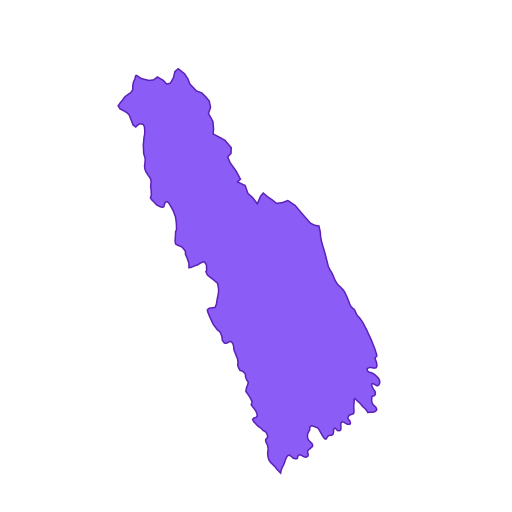 outline of Pastavy, Vitebsk, Belarus, rotated 69°
{"feature_id": "67162791B41761210959552", "entity_name": "Pastavy", "entity_type": "district", "adm_level": 2, "iso_a3": "BLR", "parent_name": "Belarus", "parent_adm1": "Vitebsk", "projection": "natural_earth1", "projection_center": [27.066, 55.118], "detail": "fine", "context": "isolated", "style": "filled", "palette": "violet", "viewbox_px": 512, "rotation_deg": 69, "n_neighbors": 0, "source": "geoboundaries", "source_scale": "gbopen_adm2", "svg_char_len": 5346}
<svg xmlns="http://www.w3.org/2000/svg" viewBox="0 0 512 512"><g transform="rotate(69 256 256)"><path d="M66.8,330.8L70.0,330.2L71.8,328.5L76.0,325.1L79.2,323.8L83.8,323.8L89.7,323.8L92.5,322.0L91.5,319.8L90.8,317.5L91.6,315.9L92.7,314.2L95.1,313.8L99.0,314.9L102.2,316.2L105.4,318.2L109.1,320.0L111.6,321.3L116.4,322.9L120.2,324.2L123.0,324.3L125.8,324.7L129.2,326.3L132.0,327.8L135.1,328.6L138.0,328.6L141.9,327.8L145.6,326.8L149.0,327.2L152.9,329.3L157.2,330.4L161.5,331.8L163.8,333.7L166.0,333.3L169.0,331.9L172.8,330.4L175.6,327.9L176.9,326.1L177.1,324.5L174.7,322.7L173.0,321.0L173.6,319.3L176.2,318.2L179.6,317.7L184.1,317.1L190.2,317.1L194.5,318.0L198.3,319.1L202.8,320.7L204.6,322.4L209.0,324.3L212.7,326.1L215.9,326.8L218.1,325.1L219.1,323.8L221.3,321.8L226.0,320.2L229.4,321.3L232.7,321.0L235.2,321.1L238.9,321.3L242.9,322.8L243.4,320.4L243.2,317.5L243.4,313.4L242.7,310.6L242.5,307.9L242.9,306.4L244.6,305.8L246.8,305.5L251.9,307.3L252.6,308.4L256.2,308.2L259.5,306.4L264.2,303.5L267.8,301.7L273.6,302.8L277.0,304.3L279.4,305.8L282.0,307.5L286.7,310.2L289.3,312.6L288.4,316.4L288.0,318.2L288.7,320.6L290.6,321.1L291.9,321.1L296.6,321.0L302.4,320.6L305.0,320.3L311.4,318.4L312.7,317.4L314.8,316.7L318.9,316.7L322.8,317.7L326.0,316.7L326.9,314.7L326.4,311.3L327.1,309.8L329.6,309.0L332.6,309.3L335.4,310.2L339.3,310.2L342.3,310.2L345.5,310.1L348.7,310.9L351.7,312.3L354.7,312.3L357.1,311.9L358.8,309.8L361.6,308.4L363.1,308.4L365.0,309.1L368.5,309.1L371.1,308.4L373.8,310.4L375.4,312.0L378.8,314.0L381.1,313.4L383.7,312.7L386.7,312.2L391.0,311.9L393.0,313.7L393.1,313.8L393.9,313.6L398.0,312.4L400.7,311.7L403.3,311.7L404.9,311.8L406.6,313.1L406.6,315.0L406.4,316.0L407.4,317.8L410.6,317.3L411.7,316.6L413.3,316.1L415.8,315.0L417.5,313.8L418.6,313.0L421.4,311.9L422.7,310.8L423.7,310.0L425.8,309.6L426.9,309.6L428.6,309.8L429.6,310.3L430.1,311.6L430.9,312.8L432.4,313.4L434.9,313.2L437.0,313.1L440.6,313.8L442.8,315.1L444.9,316.0L446.9,316.5L448.8,316.9L450.8,317.0L452.1,316.8L454.3,316.3L455.5,315.6L457.7,314.7L459.7,313.7L462.4,313.0L465.5,311.7L467.5,310.8L464.9,309.2L462.7,307.2L460.8,305.0L458.9,303.3L456.9,301.6L454.6,299.3L453.7,297.7L453.9,296.0L455.4,295.2L456.6,294.4L458.2,293.7L458.8,292.7L459.6,291.6L459.8,290.0L458.5,289.2L457.6,288.3L457.2,287.4L457.5,286.2L458.2,285.1L459.3,284.3L460.7,283.1L461.3,282.3L461.8,281.2L461.5,279.4L460.2,278.4L458.9,278.3L457.0,277.9L456.0,277.0L455.6,275.7L454.9,273.7L454.5,272.7L454.2,271.8L453.1,270.9L451.4,270.9L450.1,271.4L448.1,272.4L446.5,272.9L444.7,273.0L443.6,272.9L441.1,271.8L439.9,270.9L438.6,269.5L437.8,268.3L435.7,267.4L434.7,266.5L434.4,264.9L435.1,263.9L436.1,262.8L437.0,261.7L438.6,260.0L440.6,259.4L443.3,259.0L446.3,258.6L448.4,258.2L450.0,257.8L451.8,257.0L451.9,256.0L451.2,255.0L450.4,254.1L449.8,252.7L449.8,251.5L450.4,250.0L450.3,248.5L449.6,247.6L448.0,246.7L446.3,245.9L445.0,245.0L445.0,243.9L445.7,243.4L446.9,243.0L448.3,242.3L449.0,240.9L448.9,239.5L447.5,238.5L446.1,238.0L443.4,237.1L442.2,236.3L441.8,235.4L441.9,234.4L442.6,233.6L443.6,232.8L444.5,232.1L445.8,231.1L446.3,230.0L446.7,228.7L445.9,227.7L443.8,227.5L443.2,227.5L441.9,228.3L441.0,228.3L440.2,228.3L439.1,227.5L438.1,226.1L438.1,224.8L438.1,223.1L438.2,221.5L436.5,220.3L434.9,219.8L432.3,218.9L430.8,218.4L428.1,217.0L425.3,215.8L424.4,215.1L425.3,214.3L427.3,213.5L429.3,212.4L431.3,211.5L432.5,211.0L434.2,210.6L436.4,209.5L438.1,208.6L439.7,208.2L441.2,207.8L442.1,207.8L442.6,206.2L443.0,204.7L443.3,203.8L443.8,202.7L443.9,201.8L443.8,200.2L443.4,199.2L442.5,198.2L441.6,198.2L440.3,198.3L438.7,199.0L437.4,199.7L435.2,200.3L432.5,199.9L429.7,198.6L428.8,198.0L428.7,196.8L428.8,195.5L427.8,194.1L425.7,193.4L424.6,193.5L422.5,194.1L419.5,194.4L418.0,194.3L416.8,193.6L416.9,192.8L418.2,191.4L419.5,190.5L420.6,189.4L420.4,187.6L419.1,186.2L417.2,185.3L415.6,185.3L413.9,185.5L411.6,186.5L409.7,187.4L407.2,189.2L405.9,190.6L405.1,192.0L403.5,192.9L402.2,193.0L400.9,192.4L400.8,190.6L400.9,189.2L402.2,187.3L403.1,185.7L403.3,183.8L402.2,182.6L399.5,181.8L397.5,181.6L395.5,181.6L394.3,181.4L393.4,180.6L393.1,179.8L392.4,178.9L390.0,178.6L387.6,178.5L384.1,178.3L380.3,178.4L376.7,178.4L372.6,178.6L367.9,179.0L364.7,179.1L361.1,179.6L357.2,180.0L354.2,180.6L350.5,181.6L348.3,182.6L345.7,183.1L344.0,183.1L341.1,183.4L339.6,184.4L336.3,185.7L333.7,185.7L328.4,185.7L327.0,185.7L324.8,185.9L321.1,186.2L318.4,186.9L315.0,188.4L312.9,189.5L310.4,190.3L307.3,190.8L304.8,191.0L301.7,191.0L298.5,191.3L295.6,191.9L291.8,192.3L289.9,192.0L285.7,191.5L278.0,190.6L273.2,190.2L270.0,190.0L265.2,189.5L260.9,188.7L256.8,187.4L250.5,186.5L248.4,190.1L244.9,193.4L232.3,198.1L222.9,201.3L215.6,206.4L215.6,212.2L214.2,218.0L209.8,220.5L204.8,224.0L199.8,226.7L201.9,230.4L207.7,236.0L200.1,238.3L194.8,241.1L186.3,240.9L180.2,246.7L178.7,243.0L169.7,244.1L159.7,246.7L153.3,246.9L151.3,242.6L146.0,240.3L136.9,243.5L132.8,246.9L126.7,252.3L122.3,250.1L115.0,248.0L105.9,249.3L101.0,245.2L94.6,244.1L89.6,245.8L84.3,248.2L80.5,252.5L71.7,256.1L66.2,256.1L60.3,257.4L53.3,261.5L54.7,265.6L60.0,269.2L64.0,274.0L63.4,277.8L58.8,279.6L53.5,283.9L54.9,288.6L53.7,293.1L49.3,299.4L44.6,302.8L44.5,303.6L47.7,305.9L49.5,307.9L52.7,310.0L56.4,311.3L58.6,314.3L59.1,316.7L60.4,321.4L62.7,324.8L64.1,327.5L66.4,330.9L66.8,330.8Z" fill="#8b5cf6" stroke="#5b21b6" stroke-width="1.5"/></g></svg>